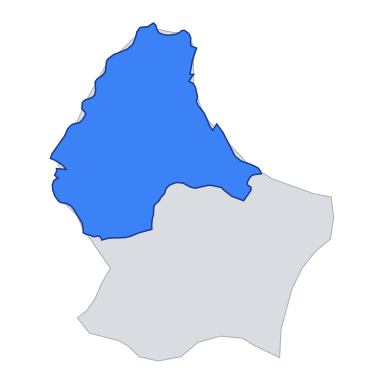 Diekirch on a map of Luxembourg (Equal Earth projection)
{"feature_id": "LUX-906", "entity_name": "Diekirch", "entity_type": "District", "adm_level": 1, "iso_a3": "LUX", "parent_name": "Luxembourg", "parent_adm1": "", "projection": "equal_earth", "projection_center": [5.98, 49.94], "detail": "fine", "context": "in_parent", "style": "filled", "palette": "blue", "viewbox_px": 384, "rotation_deg": 0, "n_neighbors": 0, "source": "natural_earth", "source_scale": "10m", "svg_char_len": 2332}
<svg xmlns="http://www.w3.org/2000/svg" viewBox="0 0 384 384"><path d="M196.2,47.9L193.3,60.3L193.8,87.9L204.2,115.7L228.4,143.0L247.1,162.9L272.0,178.8L314.3,193.9L331.2,197.0L333.6,217.5L330.4,239.1L315.8,251.0L302.1,268.2L291.8,289.3L281.0,329.7L279.6,357.6L255.1,346.0L242.3,338.2L220.0,336.1L197.7,342.5L181.0,356.7L158.2,361.0L139.2,356.7L128.1,346.0L118.0,340.4L89.6,333.2L77.4,317.8L86.7,310.6L94.8,299.2L101.7,283.2L110.4,268.3L82.6,227.8L76.9,215.4L54.0,192.5L54.3,180.9L59.8,169.9L57.8,161.3L61.0,141.0L77.0,121.7L87.7,97.9L105.7,65.6L145.4,26.6L173.8,32.6L186.3,32.4L193.9,46.7L196.2,47.9Z" fill="#d9dde1" stroke="#a8b0b8" stroke-width="1"/><path d="M196.6,48.2L194.1,54.9L192.3,61.2L190.0,74.2L190.7,74.5L192.9,74.4L193.7,74.4L192.3,76.0L189.0,81.3L192.9,83.2L195.3,87.0L197.5,96.6L196.5,101.8L198.1,105.5L204.4,113.4L209.9,126.4L212.8,130.4L216.7,124.0L222.9,132.3L234.9,156.0L240.6,160.7L252.9,165.3L258.2,168.1L260.0,170.6L261.4,173.8L254.7,174.5L252.0,175.5L249.9,177.3L247.8,181.2L247.1,183.3L247.9,185.3L249.1,186.1L251.0,187.1L251.0,189.1L250.7,190.7L243.6,200.7L232.0,196.4L224.5,190.6L221.2,187.4L211.2,185.3L207.6,185.4L195.4,188.2L192.0,187.5L188.7,186.2L183.5,183.3L179.2,182.6L175.7,182.6L169.6,185.0L166.3,188.4L165.5,190.3L164.6,193.4L160.8,197.6L159.0,200.8L154.5,205.0L153.7,207.7L153.5,214.3L152.2,219.3L151.7,224.4L151.8,229.3L139.2,232.7L130.1,236.4L124.6,237.6L108.8,238.1L101.7,240.0L101.6,239.0L99.5,236.2L97.1,236.1L94.8,236.7L92.7,236.4L90.6,235.4L85.5,234.1L83.2,232.6L83.3,231.5L82.5,225.0L82.0,222.8L73.4,208.8L71.0,205.9L66.4,203.5L62.5,203.0L58.8,201.5L55.0,196.2L52.8,190.4L52.3,184.9L53.9,180.5L58.2,178.1L54.7,175.4L55.3,173.7L56.0,172.6L56.6,171.3L56.5,168.6L66.1,169.4L62.7,165.2L54.7,160.1L50.4,158.4L51.9,154.0L64.5,136.1L65.9,133.1L66.8,130.8L68.1,128.4L71.0,125.3L73.6,123.9L78.9,122.8L81.9,120.5L85.9,114.2L84.5,111.6L81.9,109.0L82.3,102.7L84.6,100.2L91.9,97.5L94.6,95.2L95.5,91.6L95.5,87.2L95.1,81.9L97.2,79.0L102.5,75.3L104.8,72.6L105.7,69.5L106.4,62.0L107.7,59.1L113.7,54.6L127.2,49.2L132.6,44.6L135.5,37.9L137.0,31.6L140.1,27.4L147.8,26.7L153.4,23.0L155.7,25.1L156.9,29.5L159.1,32.9L162.3,34.2L163.9,34.8L168.0,35.3L176.2,34.2L179.4,32.6L181.7,30.6L184.5,30.3L189.2,34.0L190.8,38.2L190.4,42.6L191.2,46.2L196.6,48.2Z" fill="#3b82f6" stroke="#1e3a8a" stroke-width="1.5"/></svg>